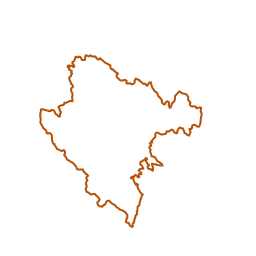 outline of Juiz de Fora, Minas Gerais, Brazil, rotated 330°
{"feature_id": "56859067B63389678931345", "entity_name": "Juiz de Fora", "entity_type": "district", "adm_level": 2, "iso_a3": "BRA", "parent_name": "Brazil", "parent_adm1": "Minas Gerais", "projection": "equal_earth", "projection_center": [-43.444, -21.76], "detail": "fine", "context": "isolated", "style": "outline", "palette": "amber", "viewbox_px": 256, "rotation_deg": 330, "n_neighbors": 0, "source": "geoboundaries", "source_scale": "gbopen_adm2", "svg_char_len": 5804}
<svg xmlns="http://www.w3.org/2000/svg" viewBox="0 0 256 256"><g transform="rotate(330 128 128)"><path d="M139.1,177.6L139.3,175.9L137.8,172.8L136.8,171.6L136.8,170.1L136.9,168.9L136.5,166.2L135.0,165.1L134.3,164.2L134.7,163.3L135.4,159.4L136.5,158.5L136.8,157.4L136.5,156.4L136.8,155.4L137.5,154.8L139.1,155.1L139.5,153.8L139.3,152.3L140.5,151.9L141.6,152.5L141.8,151.1L142.7,151.0L145.9,149.6L147.0,149.5L147.8,148.6L148.3,147.4L149.2,146.5L150.1,146.2L151.1,146.7L152.0,147.6L152.7,149.0L153.8,150.5L157.8,151.9L158.9,151.0L160.1,150.3L160.8,151.2L161.7,151.5L162.6,151.2L163.7,151.5L164.6,151.1L165.6,151.8L166.0,153.5L165.9,154.9L167.2,156.8L168.4,156.7L169.1,155.2L170.3,154.7L171.3,154.0L172.2,153.6L173.2,153.5L173.7,154.6L174.4,155.3L175.3,155.8L174.9,159.1L174.4,160.8L175.3,161.5L175.6,163.0L176.2,164.1L177.0,165.0L179.4,163.5L180.2,162.6L180.6,159.7L181.7,159.7L182.4,160.5L183.5,159.9L184.2,159.0L184.7,158.1L185.8,158.0L187.0,158.3L187.9,159.3L188.9,161.7L190.1,162.3L191.8,161.3L193.8,159.3L195.2,156.9L198.8,152.8L199.1,151.6L199.2,150.1L199.7,149.1L200.7,148.1L201.4,147.1L200.8,146.2L199.8,145.8L197.4,145.4L197.2,144.3L197.4,143.3L195.4,141.8L194.2,141.5L193.5,140.4L193.2,139.2L193.5,138.0L194.6,137.5L194.7,136.2L194.3,135.0L194.1,133.6L195.1,132.3L195.6,131.3L195.6,130.0L195.3,127.9L194.5,127.1L193.0,125.8L191.7,124.2L191.5,123.0L190.6,122.0L185.0,123.7L183.6,125.6L183.1,126.5L182.3,127.3L181.2,128.1L178.7,128.6L177.7,129.3L175.5,131.3L174.3,131.4L174.7,128.3L175.5,127.9L176.1,127.0L176.0,125.3L175.3,124.5L173.2,124.7L172.1,125.7L171.1,125.7L170.6,124.9L170.2,123.7L170.3,122.2L171.3,121.2L171.0,119.7L171.1,118.0L170.3,116.8L170.3,115.3L170.4,113.7L170.8,112.0L169.5,109.6L169.5,108.3L169.2,105.5L169.7,102.8L170.6,99.9L169.3,99.3L168.2,99.7L167.4,100.4L166.3,100.9L165.2,100.6L165.4,99.2L164.9,98.1L163.7,97.7L162.9,96.4L162.6,94.8L161.6,92.9L161.7,91.8L160.7,91.2L160.3,90.3L159.4,89.2L157.5,90.2L156.7,91.6L155.8,92.3L154.6,92.4L153.1,92.1L152.0,90.1L150.7,89.8L149.6,89.2L149.1,88.5L149.5,87.5L150.3,86.8L150.0,85.5L149.2,84.7L148.3,84.3L147.5,84.4L145.9,83.6L145.0,82.6L144.7,81.1L143.8,78.9L144.0,77.3L145.0,76.2L146.3,76.1L146.2,74.7L145.1,73.4L144.9,71.9L144.2,71.0L144.3,69.6L143.5,69.3L142.8,67.6L144.0,64.9L143.0,63.7L142.6,62.3L141.7,61.5L140.4,58.9L140.1,57.2L139.3,56.0L138.8,53.7L137.9,53.7L137.0,54.1L136.2,53.7L136.0,52.4L135.5,51.5L135.6,50.0L134.6,49.0L133.4,48.8L132.4,47.8L132.0,46.3L130.8,46.4L129.6,46.2L129.0,45.2L127.9,44.0L126.7,44.7L124.9,47.4L123.6,47.0L122.5,46.3L122.1,45.4L122.4,44.1L122.1,42.6L121.4,41.7L120.3,42.0L119.3,41.3L118.7,40.3L117.9,40.3L117.2,40.9L116.6,41.9L115.8,42.2L114.9,43.0L113.8,43.2L113.0,43.0L112.2,43.9L112.5,45.5L112.5,46.8L112.2,47.9L111.2,48.0L110.7,46.5L110.0,45.6L109.1,45.4L108.5,44.5L107.1,44.1L106.2,45.0L106.7,45.8L107.5,46.1L106.9,47.2L106.1,47.8L107.8,50.5L106.6,51.4L106.8,52.9L104.9,53.7L104.2,54.7L103.0,54.7L102.0,55.2L101.4,57.7L101.3,59.7L100.9,61.4L101.3,62.8L101.2,64.4L100.4,65.1L99.5,65.0L98.6,65.4L97.7,66.4L97.3,67.8L97.0,70.5L96.6,71.6L95.8,72.5L94.9,73.2L94.6,74.4L93.5,76.9L92.6,76.7L92.0,76.0L91.0,75.5L87.2,75.3L85.6,74.3L84.7,75.4L83.4,75.7L82.0,75.1L80.9,75.1L80.0,74.7L78.4,74.9L78.2,76.0L78.3,77.5L77.6,78.7L77.9,80.6L77.2,81.4L76.3,81.5L75.6,82.6L75.2,83.6L74.4,83.9L73.4,82.6L73.1,80.9L72.4,79.9L72.4,78.5L72.6,77.4L72.6,76.0L71.7,74.6L70.7,74.0L69.9,74.6L68.7,74.3L67.8,73.7L67.4,72.8L66.2,72.1L64.8,70.3L63.1,68.8L62.1,68.4L60.3,70.6L59.5,71.2L59.0,72.4L57.7,73.9L57.6,75.1L56.5,77.2L54.8,79.5L54.8,84.0L54.6,86.0L55.3,87.5L55.8,89.2L55.6,90.6L55.0,91.6L55.9,92.8L57.2,92.9L57.9,93.7L58.4,95.0L58.2,96.7L57.0,98.9L55.8,101.6L55.4,104.1L56.3,105.3L55.8,106.4L56.2,109.0L56.1,110.7L56.9,111.7L58.9,114.6L60.4,115.1L61.3,115.0L61.7,116.4L61.2,117.9L60.4,118.9L59.4,119.2L59.2,120.3L59.6,121.3L59.5,124.4L59.7,125.7L60.8,126.8L61.9,129.4L62.6,130.1L62.9,131.1L63.3,132.4L63.8,135.6L63.3,137.3L63.8,138.9L66.6,140.4L68.2,141.5L67.9,142.6L67.9,144.1L68.3,145.2L68.6,146.7L69.4,147.8L69.5,149.4L68.4,149.5L67.3,149.9L66.7,150.9L66.7,152.9L65.4,153.6L63.6,155.2L63.5,156.9L62.9,158.1L62.1,158.8L60.9,159.5L60.2,162.4L61.8,164.7L62.3,166.8L63.8,167.4L64.9,167.7L65.9,168.2L66.5,169.1L66.6,170.5L67.2,171.8L67.5,173.2L67.7,174.3L67.6,175.8L66.6,176.5L65.8,176.8L64.7,176.8L63.8,177.8L63.6,179.5L64.0,181.4L66.5,183.3L67.6,182.6L70.0,182.8L71.8,181.4L73.0,180.8L75.1,181.3L75.7,182.9L76.0,184.5L76.6,186.0L78.2,188.1L78.4,190.5L78.9,191.6L79.6,192.7L79.9,194.1L81.8,196.4L83.5,199.3L83.9,203.1L82.4,205.5L81.6,205.6L80.9,206.7L80.0,207.1L79.3,208.3L79.9,209.6L80.8,210.1L81.2,211.3L80.8,212.8L81.0,214.0L81.5,214.9L82.1,215.7L83.1,215.5L83.5,214.1L84.5,213.0L85.6,213.0L86.4,211.9L87.2,211.6L87.6,210.6L89.1,209.6L89.6,208.8L90.4,208.2L91.2,207.3L92.1,207.4L93.0,206.9L93.8,204.6L94.6,204.5L97.0,201.0L97.9,200.7L98.8,200.7L99.7,200.0L100.6,198.5L101.8,197.7L102.5,196.7L103.1,196.0L104.2,195.8L105.4,193.9L106.6,193.5L107.5,192.9L106.9,191.6L106.5,190.0L106.5,184.6L108.2,181.8L107.5,180.6L106.6,181.2L106.4,179.4L106.5,177.5L107.2,174.2L106.1,173.5L105.6,172.7L106.4,172.3L107.4,172.2L109.1,173.3L109.8,172.7L110.8,172.3L111.8,173.5L111.8,174.6L112.0,175.8L113.2,176.0L113.3,174.9L113.9,174.0L114.6,173.4L115.4,174.1L116.4,174.6L117.1,173.2L116.2,171.2L116.1,170.1L117.3,169.5L118.3,169.7L120.9,170.8L121.1,169.3L121.1,167.3L120.5,165.7L121.2,164.2L122.5,163.5L123.7,164.0L124.8,163.6L125.9,163.9L127.1,163.6L128.2,162.9L128.9,163.5L128.9,164.6L127.7,164.9L127.0,165.9L127.1,169.1L127.7,170.5L126.9,171.1L125.8,171.0L125.1,172.4L125.3,173.5L127.2,175.0L127.4,176.4L127.9,177.2L128.7,176.7L129.4,175.8L129.9,174.5L130.1,172.9L130.8,171.1L131.9,171.6L132.4,172.5L133.1,173.0L134.0,173.4L134.5,174.4L136.4,176.0L137.7,176.9L139.1,177.6Z" fill="none" stroke="#b45309" stroke-width="2"/></g></svg>